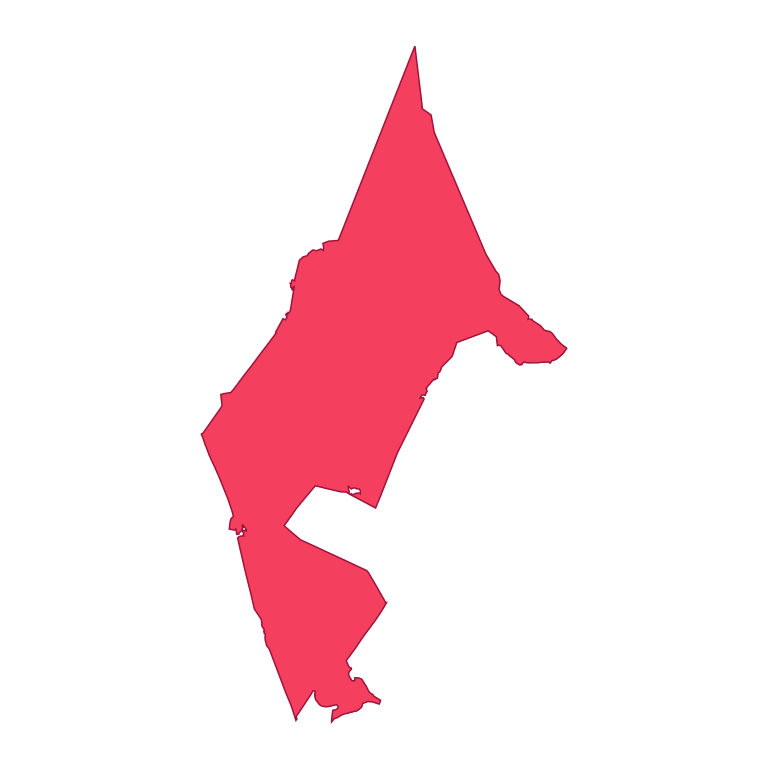 the district of Coatlán del Río, Morelos, Mexico
{"feature_id": "50627088B55233525258016", "entity_name": "Coatlán del Río", "entity_type": "district", "adm_level": 2, "iso_a3": "MEX", "parent_name": "Mexico", "parent_adm1": "Morelos", "projection": "natural_earth1", "projection_center": [-99.448, 18.734], "detail": "fine", "context": "isolated", "style": "filled", "palette": "rose", "viewbox_px": 768, "rotation_deg": 0, "n_neighbors": 0, "source": "geoboundaries", "source_scale": "gbopen_adm2", "svg_char_len": 5638}
<svg xmlns="http://www.w3.org/2000/svg" viewBox="0 0 768 768"><path d="M290.4,310.3L289.5,312.2L289.4,312.5L287.9,312.4L287.9,313.0L287.8,314.3L287.7,314.4L287.3,314.3L287.3,314.2L286.3,313.6L285.8,314.8L286.6,314.8L286.6,316.9L287.0,317.3L285.4,319.8L284.2,319.3L283.8,319.1L283.0,318.7L282.9,318.7L281.4,321.7L281.0,322.3L275.6,332.2L276.1,333.0L274.8,334.8L263.6,349.7L262.3,351.3L250.6,367.0L243.8,375.6L240.7,379.9L239.4,381.4L237.4,384.4L233.6,389.3L230.6,392.7L228.3,392.9L226.4,393.3L225.8,393.3L224.3,393.6L222.3,394.0L220.8,394.6L221.9,404.0L222.1,406.0L205.2,430.0L203.1,433.0L201.6,433.8L201.3,434.1L203.2,438.8L205.0,444.3L205.6,445.9L206.2,447.1L209.3,455.4L210.8,458.8L214.2,466.0L218.4,475.4L219.1,477.1L224.4,490.2L226.6,495.7L227.8,498.6L230.1,505.4L231.1,508.3L232.5,512.7L232.5,512.9L233.4,516.3L230.9,519.0L230.4,520.5L229.6,525.6L229.3,529.1L234.6,530.1L235.7,529.2L235.8,529.1L236.8,534.2L236.8,534.4L237.5,534.4L238.9,534.0L239.3,532.7L241.2,531.1L241.9,529.9L242.2,529.5L242.4,529.0L242.5,526.5L242.1,525.3L242.8,524.9L243.2,525.4L243.7,527.1L243.8,527.0L244.5,526.8L244.7,527.1L245.9,529.0L246.3,529.9L246.3,530.8L245.4,530.2L245.3,530.5L244.1,530.9L244.0,530.4L243.3,530.4L242.7,531.5L243.1,532.2L243.2,533.0L243.7,533.5L243.8,533.7L243.6,534.3L243.3,534.7L243.7,535.7L243.8,535.8L240.6,536.1L239.4,536.5L238.7,536.9L237.6,538.0L242.0,557.3L244.5,568.1L244.7,569.2L248.4,584.0L251.1,594.8L254.4,609.1L261.2,619.2L261.3,619.9L261.9,623.6L261.6,624.7L262.0,625.6L262.2,626.8L263.2,627.4L263.1,627.8L263.2,628.1L264.0,629.2L264.2,629.6L263.8,631.6L264.5,632.0L264.1,632.9L264.2,633.4L265.3,634.2L265.0,637.3L265.2,640.1L266.5,644.4L266.3,645.0L267.1,646.3L268.5,647.8L269.7,650.1L285.7,692.5L287.3,696.3L291.5,706.5L295.9,720.4L297.0,718.9L296.1,716.8L310.5,695.1L313.0,690.8L315.1,691.0L314.7,695.1L315.1,694.8L315.1,695.0L315.0,696.1L315.0,697.3L315.3,698.5L315.8,699.9L317.1,701.6L318.9,704.0L320.3,705.3L322.4,706.2L325.8,706.8L329.9,706.3L333.4,705.4L335.5,704.9L336.3,704.8L337.0,705.1L337.9,706.0L338.1,706.9L337.9,707.9L336.8,709.1L335.6,709.8L334.5,709.9L333.6,710.0L332.9,710.2L332.7,710.6L332.6,711.8L332.4,713.3L331.8,717.4L331.6,719.9L331.6,721.9L333.5,719.6L334.8,718.3L336.9,717.9L339.3,716.4L341.4,715.1L345.2,713.7L347.2,713.4L348.3,713.3L349.7,712.5L350.5,712.1L351.4,712.3L352.1,712.2L353.1,711.6L354.6,711.2L356.2,711.2L357.7,710.3L358.6,709.8L360.0,708.6L361.7,707.0L362.7,703.5L368.0,701.5L372.7,702.0L377.8,703.7L379.4,704.0L380.6,700.3L374.0,696.3L372.6,694.3L370.2,693.0L368.5,690.9L367.2,688.2L366.0,685.8L365.3,684.9L361.8,679.2L358.6,677.9L354.9,677.7L354.7,680.8L353.2,680.7L352.0,680.8L350.1,677.9L348.7,675.2L348.7,673.7L348.9,672.3L349.7,671.2L351.4,669.2L351.2,668.0L350.1,667.7L349.4,667.1L348.4,665.8L347.9,664.5L346.3,660.5L347.7,658.6L349.9,655.7L351.7,653.2L355.6,648.0L358.2,644.0L360.3,641.0L361.7,638.8L365.7,633.3L373.8,622.5L377.7,616.9L379.9,613.6L383.1,608.5L385.8,604.0L386.5,602.6L385.8,602.8L382.0,596.1L376.4,586.2L368.3,572.4L366.6,570.5L356.5,565.8L346.5,561.1L325.1,551.2L319.2,548.4L300.5,539.8L290.6,531.4L289.0,530.0L284.1,525.7L287.2,521.5L287.3,521.4L289.6,518.1L292.2,514.6L294.2,511.5L294.5,511.3L296.3,508.5L312.9,488.6L315.1,486.0L315.3,485.9L315.5,485.9L320.1,486.9L322.2,487.4L324.7,488.1L327.0,488.6L340.4,491.8L346.3,492.1L349.3,494.0L349.1,490.9L348.6,489.6L348.3,486.5L348.0,485.8L349.7,487.5L351.3,489.0L352.8,488.1L355.0,487.9L356.6,488.8L359.5,489.1L360.5,491.2L360.3,493.7L359.6,493.0L356.3,493.2L353.4,494.3L351.2,494.6L351.2,493.8L349.9,494.4L375.6,508.0L380.9,495.1L397.4,452.9L424.0,399.3L424.0,398.6L423.2,397.6L420.1,398.1L421.7,395.4L423.0,394.9L425.2,395.3L426.1,392.9L427.1,391.5L426.8,391.1L426.6,388.7L426.1,388.3L428.3,385.6L428.8,385.1L432.8,380.3L433.0,380.1L433.1,379.9L433.5,379.6L434.2,379.9L435.2,379.4L435.3,379.0L435.7,379.1L437.1,378.2L437.4,378.2L437.5,377.5L437.9,375.2L438.1,373.0L439.6,372.0L439.9,371.5L440.7,370.1L441.3,367.9L441.4,367.5L441.6,367.2L444.6,364.0L450.8,357.8L452.2,356.3L456.8,342.5L488.2,330.8L496.3,336.7L497.4,345.6L498.5,345.0L499.9,345.7L500.7,345.6L501.0,345.7L501.7,347.0L504.9,351.7L505.7,352.8L506.3,353.5L507.0,353.8L507.8,354.1L508.5,354.4L509.0,355.3L510.0,356.1L510.6,356.7L511.4,357.1L511.7,357.5L512.6,358.0L513.1,358.7L513.9,359.0L514.5,359.7L515.2,361.5L515.9,362.6L519.5,364.9L520.2,364.9L521.4,364.7L522.3,364.1L522.6,363.1L524.3,361.9L525.9,362.6L529.0,362.9L533.8,362.8L537.5,362.8L541.3,362.3L542.7,362.2L544.0,362.3L545.5,362.1L546.8,362.1L548.4,361.9L550.0,363.2L552.0,360.7L554.3,360.1L556.4,359.2L560.2,356.2L563.0,353.7L563.8,352.6L566.7,348.4L566.3,347.8L561.9,344.6L560.7,343.5L556.2,338.8L552.3,333.4L549.7,331.4L547.6,331.1L544.4,330.2L540.6,325.8L531.9,320.1L532.1,319.4L528.5,318.8L528.2,319.0L528.8,316.0L527.5,314.8L526.6,313.9L522.4,309.2L520.8,307.7L519.3,305.9L503.1,296.2L500.9,294.1L499.1,289.6L500.1,280.6L498.6,274.2L496.1,271.5L485.9,254.1L434.2,132.3L431.1,115.0L422.3,108.7L422.0,104.8L414.9,46.1L411.3,55.1L384.7,122.7L344.4,225.0L338.3,240.4L328.6,241.2L322.9,243.4L323.6,247.3L323.4,250.4L320.8,249.0L316.5,250.8L313.0,249.9L311.6,251.0L310.9,251.5L308.8,253.1L307.0,255.8L306.6,255.9L303.1,256.9L299.6,260.1L299.4,260.3L298.3,264.6L297.1,269.8L295.7,275.0L295.2,277.0L295.0,278.1L294.6,280.8L293.5,280.4L293.0,280.0L292.3,279.8L291.9,280.2L291.4,281.6L291.4,282.1L291.6,282.9L291.1,283.3L290.3,283.4L290.6,283.7L290.8,287.2L291.3,287.6L291.5,288.0L291.9,288.5L292.0,288.9L292.1,289.5L292.4,289.6L292.4,290.5L292.6,290.0L292.4,287.6L292.6,287.5L294.2,286.6L292.5,297.3L290.5,309.6L290.4,310.3Z" fill="#f43f5e" stroke="#9f1239" stroke-width="1.5"/></svg>